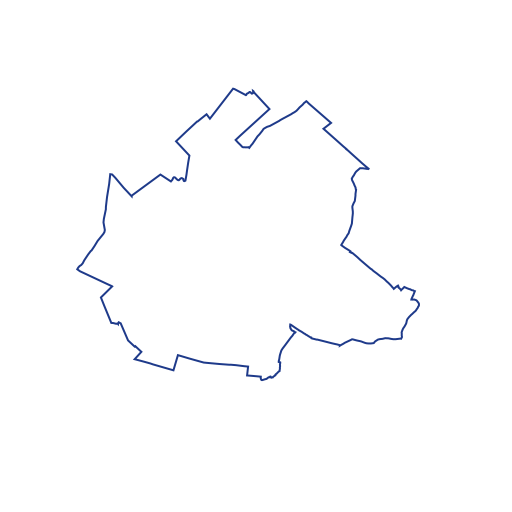 the district of Topolovatu Mare, Timis, Romania, rotated 126°
{"feature_id": "2599482B42995693955942", "entity_name": "Topolovatu Mare", "entity_type": "district", "adm_level": 2, "iso_a3": "ROU", "parent_name": "Romania", "parent_adm1": "Timis", "projection": "albers", "projection_center": [21.637, 45.789], "detail": "fine", "context": "isolated", "style": "outline", "palette": "blue", "viewbox_px": 512, "rotation_deg": 126, "n_neighbors": 0, "source": "geoboundaries", "source_scale": "gbopen_adm2", "svg_char_len": 6088}
<svg xmlns="http://www.w3.org/2000/svg" viewBox="0 0 512 512"><g transform="rotate(126 256 256)"><path d="M371.8,392.8L371.8,389.5L371.7,388.9L366.3,360.8L365.1,354.8L365.1,354.5L380.7,357.1L385.6,349.3L395.2,333.7L394.9,333.3L394.1,332.0L393.3,329.9L393.0,329.2L392.5,328.7L392.4,328.7L392.1,328.2L392.2,327.6L391.7,327.9L391.1,328.1L390.3,328.1L390.1,326.3L390.0,325.9L399.5,309.9L400.6,301.1L400.6,300.7L399.9,300.6L400.9,292.4L410.8,293.5L407.3,284.4L406.6,282.5L406.0,280.9L405.0,278.2L404.3,275.8L397.0,255.6L382.1,260.9L378.1,249.6L375.7,243.1L372.9,235.6L365.0,222.3L359.8,213.9L358.9,212.7L356.0,207.9L352.1,200.8L350.1,197.4L357.9,193.0L355.5,189.1L352.8,184.6L350.8,181.2L351.9,180.5L352.5,179.9L353.0,179.0L353.1,178.8L353.1,178.6L352.8,178.1L352.1,177.5L350.7,176.5L349.3,175.3L348.8,175.1L347.9,174.9L346.7,174.5L346.5,174.1L346.1,173.8L345.3,173.7L345.0,173.4L345.1,173.2L345.5,172.5L345.5,172.2L345.4,172.0L344.8,171.8L344.5,171.3L344.4,171.1L344.2,171.1L343.4,171.0L342.2,170.6L341.7,170.6L341.4,170.3L341.2,170.2L340.8,170.2L340.4,170.5L340.1,170.5L338.9,170.1L337.1,169.9L336.3,169.7L335.7,169.6L335.3,169.3L334.9,169.5L332.8,170.6L332.4,171.0L330.9,171.8L329.8,172.8L328.1,173.6L327.8,173.9L328.2,174.7L328.4,175.3L327.7,175.8L325.9,176.5L322.8,178.1L321.6,178.6L317.7,179.9L316.9,180.0L315.2,180.1L310.9,180.0L309.9,180.0L301.2,179.9L299.4,179.7L296.0,179.8L295.6,179.7L295.3,179.4L294.9,179.3L294.6,179.3L294.7,179.7L294.7,180.2L294.6,180.9L294.7,181.5L295.0,182.7L295.1,183.4L294.7,184.5L294.4,185.2L294.0,186.0L293.3,186.5L293.2,186.8L293.0,187.0L292.2,187.3L291.9,187.7L291.3,188.0L291.2,187.7L291.1,186.9L291.0,182.2L290.9,179.3L290.8,178.1L290.9,177.8L290.8,177.1L290.7,176.4L290.7,175.9L290.5,174.9L290.4,171.4L290.2,170.5L290.3,170.1L290.3,169.6L290.1,168.6L290.0,166.3L289.9,165.5L289.8,163.8L289.8,163.4L289.5,163.2L289.9,162.6L289.6,161.7L289.4,161.3L288.2,158.3L288.0,157.8L287.6,157.3L284.9,150.6L282.0,143.3L280.5,139.8L279.9,138.5L278.8,135.6L279.2,135.4L278.2,135.0L275.5,133.7L274.1,133.2L268.1,129.9L267.0,129.4L266.6,128.8L265.5,125.9L264.9,124.4L263.7,121.7L263.2,120.4L262.8,118.8L262.1,116.4L261.6,115.2L261.2,114.5L260.7,113.7L259.3,111.7L257.4,109.7L257.0,109.5L255.7,109.5L255.0,109.4L251.9,108.2L251.2,107.6L250.5,107.0L248.6,104.9L246.6,103.2L245.7,101.9L244.6,100.2L244.5,99.9L243.6,97.9L242.7,96.2L242.2,95.5L241.2,94.1L238.5,91.2L238.1,90.8L237.6,90.0L237.4,90.1L236.4,90.1L236.0,90.2L235.4,90.6L234.5,91.5L233.3,92.3L232.3,93.2L231.6,93.5L229.1,94.2L227.6,94.4L225.8,94.4L222.5,94.8L221.9,95.0L219.4,96.1L218.1,96.4L217.5,96.4L215.2,96.3L214.0,96.1L212.4,95.9L211.3,95.6L208.5,95.1L207.0,94.7L206.0,94.6L204.9,94.7L203.1,94.7L202.8,94.7L201.8,95.0L200.7,95.0L200.2,95.2L199.9,95.3L198.8,96.2L198.3,97.3L197.7,99.5L197.6,99.9L197.6,100.3L198.0,101.8L198.2,102.4L198.7,103.1L199.1,103.5L199.9,104.7L199.2,105.0L198.6,105.1L196.2,105.6L195.4,105.7L194.6,105.9L193.9,106.1L191.1,106.8L191.3,107.3L191.5,108.8L191.6,109.0L192.0,109.7L192.1,110.0L192.2,110.7L192.2,111.5L192.6,112.3L192.7,112.6L193.0,113.7L193.3,114.8L193.9,117.8L194.0,117.8L194.9,117.9L197.5,118.4L198.4,118.5L198.2,118.9L198.0,119.8L197.8,120.7L197.8,121.8L197.6,122.1L197.4,122.3L197.6,122.4L197.6,122.5L197.4,123.0L196.9,123.1L196.5,123.7L197.4,124.1L198.6,124.5L201.6,125.2L201.3,126.0L201.0,127.7L200.6,129.2L200.1,132.1L199.9,133.4L199.8,134.9L199.6,136.2L199.5,137.0L199.4,137.4L199.3,137.9L199.2,140.2L199.3,143.1L199.1,148.3L199.1,151.5L199.0,153.2L198.8,154.4L198.8,154.8L198.9,155.1L198.9,156.3L197.9,169.2L197.4,173.0L197.2,175.3L196.9,179.8L197.0,180.3L197.4,181.8L197.5,181.7L197.6,182.3L196.7,182.4L196.7,182.8L196.7,183.6L196.8,185.1L197.1,188.9L197.1,191.8L197.1,192.7L197.0,193.5L194.5,193.7L193.3,193.8L192.0,194.0L188.9,194.1L187.3,194.1L185.5,194.4L183.2,194.4L180.7,195.3L175.5,196.8L174.0,197.3L173.4,197.5L168.1,200.7L166.5,201.6L164.6,202.7L163.0,203.9L160.3,206.4L159.5,207.0L159.0,207.3L156.2,208.0L153.4,208.4L148.7,211.0L147.3,212.0L143.7,213.9L143.5,214.0L143.3,214.6L142.2,215.6L141.7,216.4L141.0,217.8L140.5,218.5L140.3,218.8L139.3,220.6L138.3,222.6L137.9,223.2L137.2,223.9L136.9,224.1L136.6,224.0L135.4,224.2L134.7,224.3L133.5,224.2L132.1,224.4L130.5,224.6L128.8,224.6L123.8,223.4L122.1,220.9L120.9,218.6L120.4,217.6L120.1,217.2L119.7,216.3L119.5,216.2L119.2,216.2L119.0,219.8L118.6,224.7L117.0,239.9L116.6,243.4L116.5,245.8L116.3,245.8L116.2,247.1L116.0,249.8L114.6,263.8L113.4,276.2L104.2,273.5L101.6,303.1L101.2,305.3L101.2,306.3L102.6,306.6L103.7,307.0L104.7,307.1L106.2,307.2L110.2,308.1L112.4,308.3L114.7,308.6L116.5,309.2L118.2,309.9L118.9,310.3L120.4,310.8L129.3,315.1L131.9,316.3L132.9,316.6L138.8,319.4L142.6,321.2L144.9,322.9L145.7,323.3L148.2,324.4L149.0,324.6L150.8,324.5L155.5,324.7L158.3,325.1L167.3,324.8L169.5,325.0L172.5,325.0L172.4,326.1L172.9,326.5L175.6,330.3L175.7,330.7L175.8,331.3L175.3,333.8L174.8,337.3L174.1,340.7L167.8,339.5L129.2,331.5L125.8,348.8L124.9,353.4L124.8,353.9L124.7,353.9L124.6,354.1L124.2,354.9L124.2,355.4L125.0,354.6L126.0,354.2L126.3,354.3L126.6,354.4L127.1,354.8L127.1,355.3L126.8,356.5L126.8,356.9L126.9,357.3L127.1,357.6L127.7,357.8L128.3,357.8L128.9,358.1L129.4,358.5L130.2,358.8L131.0,358.6L131.6,358.6L131.8,358.7L133.6,371.5L134.1,372.9L172.0,374.0L170.4,379.3L178.0,381.4L181.5,382.3L181.8,382.7L196.0,385.5L210.2,388.1L213.9,368.9L220.2,365.8L227.1,362.2L231.2,360.0L236.5,357.4L237.2,357.7L237.5,357.9L237.7,358.3L237.6,358.7L237.1,359.5L236.4,360.1L236.5,361.3L236.6,361.8L236.9,362.2L238.1,362.7L239.0,362.7L239.8,362.9L240.1,363.0L240.4,363.6L240.5,364.2L240.5,364.8L240.3,366.2L240.1,367.2L240.1,367.8L240.3,368.3L240.6,368.7L241.4,368.9L243.3,368.5L244.3,368.5L245.2,368.7L245.7,368.7L246.3,381.2L280.1,392.0L280.8,391.6L278.6,403.1L275.4,415.9L274.6,420.3L275.5,422.0L284.1,417.1L295.8,411.2L304.5,406.3L306.5,404.9L315.4,400.9L318.5,399.1L323.8,393.6L325.7,392.7L327.9,392.5L336.9,393.0L342.9,392.5L348.2,392.3L349.1,392.6L353.3,392.7L358.5,392.5L360.6,392.4L363.7,391.9L366.0,392.1L367.8,392.8L369.8,393.0L371.8,392.8Z" fill="none" stroke="#1e3a8a" stroke-width="2"/></g></svg>